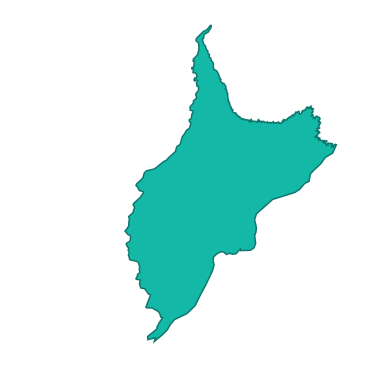 outline of Bambouti, Haut-Mbomou, Central African Republic, rotated 217°
{"feature_id": "33826404B2470815195032", "entity_name": "Bambouti", "entity_type": "district", "adm_level": 2, "iso_a3": "CAF", "parent_name": "Central African Republic", "parent_adm1": "Haut-Mbomou", "projection": "equal_earth", "projection_center": [26.948, 5.504], "detail": "fine", "context": "isolated", "style": "filled", "palette": "teal", "viewbox_px": 384, "rotation_deg": 217, "n_neighbors": 0, "source": "geoboundaries", "source_scale": "gbopen_adm2", "svg_char_len": 6136}
<svg xmlns="http://www.w3.org/2000/svg" viewBox="0 0 384 384"><g transform="rotate(217 192 192)"><path d="M105.1,316.6L106.2,316.4L106.4,315.8L106.2,315.6L106.6,315.1L106.8,313.4L106.5,313.5L106.3,312.6L107.2,312.2L107.3,312.6L108.0,312.6L108.4,313.1L108.0,314.3L109.0,315.1L109.8,314.3L110.7,314.3L111.4,313.4L112.7,313.0L112.8,311.9L112.5,311.8L112.7,311.1L112.4,311.1L112.9,310.8L112.8,310.3L114.8,311.9L115.1,312.7L114.8,313.5L115.3,313.9L115.7,313.6L115.1,312.0L115.6,311.5L115.9,310.4L115.9,310.9L116.2,310.6L116.5,311.2L117.2,311.6L116.9,312.5L117.2,312.8L117.7,312.3L117.9,311.5L118.2,312.0L120.2,310.6L121.3,310.9L121.2,310.3L121.7,309.9L121.8,310.5L122.1,310.4L121.8,311.0L122.2,311.9L123.2,311.7L123.1,310.6L123.6,310.4L124.0,311.2L124.8,311.6L126.0,310.9L126.1,309.9L126.5,309.9L127.0,310.3L126.6,311.9L126.1,312.3L126.2,315.0L126.5,315.4L125.9,315.7L125.7,316.2L126.7,316.6L126.9,315.3L127.7,315.9L127.7,316.8L128.5,317.0L128.7,315.9L129.5,315.7L129.5,317.2L130.3,317.3L130.4,317.5L130.0,318.5L128.6,319.2L128.5,319.7L128.8,320.1L129.5,319.8L129.9,320.4L130.6,320.3L130.8,321.3L130.4,321.9L130.6,322.5L131.1,322.7L130.9,323.5L131.2,323.4L131.4,324.9L132.8,324.2L133.3,324.3L133.1,325.1L134.2,325.1L133.6,326.6L133.9,327.7L135.4,328.1L136.4,327.3L136.8,327.3L136.9,327.8L138.0,327.7L138.6,326.2L138.0,324.9L138.8,324.9L139.2,324.1L139.3,324.5L139.7,324.4L140.2,325.2L141.0,325.6L142.0,325.5L142.4,324.9L142.6,325.9L142.3,326.3L143.0,326.4L144.0,327.2L143.6,327.7L143.6,328.9L144.7,329.6L145.2,330.8L145.0,331.4L145.6,331.4L146.3,330.0L146.2,330.4L146.7,330.1L147.1,331.1L147.6,331.3L147.9,330.8L148.0,331.5L148.3,331.3L148.7,331.8L148.8,330.8L148.5,329.9L149.0,329.9L148.9,329.6L149.7,329.7L149.7,329.1L150.2,328.4L150.9,329.2L151.5,328.6L151.0,327.3L150.9,326.2L151.2,326.0L150.8,325.5L151.8,324.1L152.2,324.1L152.2,323.3L152.6,323.1L152.6,322.4L152.1,321.9L152.0,320.9L152.6,319.0L153.1,318.9L154.8,320.6L155.2,320.0L155.6,320.2L155.5,319.4L156.2,318.5L156.9,318.6L157.3,318.1L156.6,316.5L157.2,315.8L156.6,314.0L157.2,314.3L157.9,313.5L158.2,313.7L158.4,312.0L158.1,311.2L158.5,310.5L159.0,310.7L159.2,309.9L159.5,309.8L159.3,309.3L160.0,308.0L159.6,306.7L160.3,306.4L160.8,304.8L161.3,304.3L161.5,305.3L162.4,305.1L162.4,303.6L161.6,302.7L162.2,302.6L162.0,300.7L162.4,300.8L162.9,300.0L164.0,300.0L163.9,299.4L165.3,299.7L166.0,297.9L166.7,297.9L167.0,297.1L167.7,297.0L168.1,296.3L169.3,297.1L170.0,294.8L170.7,295.0L172.0,294.2L172.6,292.9L173.7,293.3L173.6,292.6L175.0,292.3L175.7,291.4L177.3,291.6L178.5,289.6L179.0,290.3L179.4,290.1L180.4,288.5L180.9,288.7L180.9,289.4L181.6,289.4L182.3,290.0L182.5,289.4L182.1,288.6L182.4,288.6L182.4,288.1L182.0,287.1L184.0,286.5L186.3,285.0L186.7,284.3L187.6,285.3L188.2,284.9L188.4,285.2L188.5,284.6L187.8,283.9L187.8,283.2L188.4,283.5L188.9,282.8L189.7,283.7L190.1,283.3L191.5,282.8L192.5,281.8L192.9,282.0L194.1,281.5L194.6,280.7L195.7,281.1L196.2,280.1L199.0,280.8L199.5,280.7L199.5,280.0L200.4,280.6L201.4,279.9L201.9,280.5L202.7,280.8L203.3,280.6L203.6,281.1L204.9,281.4L205.9,280.6L207.4,280.4L208.1,280.8L209.0,282.3L209.5,281.6L210.2,282.3L211.1,282.3L211.7,283.3L214.5,284.2L214.8,285.1L216.1,285.5L216.3,286.3L217.3,286.2L217.6,286.7L218.6,286.9L218.8,287.7L221.3,290.1L222.6,292.0L223.7,292.6L224.5,292.5L224.9,293.7L226.5,294.8L227.5,294.3L228.0,296.1L228.6,296.8L230.9,297.5L231.9,297.3L232.0,297.6L232.3,297.2L232.6,297.6L235.9,297.4L236.1,298.3L236.8,298.6L236.8,299.2L237.5,298.9L237.6,299.6L239.2,300.0L239.5,300.8L241.1,301.3L241.3,301.9L245.2,303.6L248.4,303.2L250.5,305.0L251.8,307.0L253.5,308.2L255.6,308.5L257.7,310.3L259.5,310.2L260.9,312.4L262.8,312.5L264.3,314.1L266.4,314.6L268.8,316.5L271.9,317.3L275.3,319.9L275.4,321.9L276.9,324.7L277.0,325.4L275.2,329.8L275.7,331.3L275.5,333.6L276.2,335.7L277.0,336.5L277.6,336.1L277.7,330.9L278.7,328.3L279.5,327.4L280.9,317.3L280.2,315.7L279.5,315.1L277.2,315.1L275.4,314.1L274.5,312.7L274.1,312.8L271.4,308.2L270.3,305.0L270.4,301.5L271.0,299.2L269.9,297.3L269.1,298.2L266.0,292.9L266.9,291.5L266.7,290.7L266.1,290.2L264.8,291.3L263.3,288.2L262.6,287.9L261.2,289.3L259.9,288.9L257.4,287.2L257.6,285.5L258.4,284.8L258.4,284.3L258.1,283.1L257.4,282.3L256.4,282.5L256.2,284.2L254.6,284.4L254.1,281.7L251.7,279.6L251.0,280.4L250.6,280.2L248.1,277.4L247.9,276.7L248.1,273.1L247.6,271.9L245.2,270.3L245.1,268.3L245.7,266.3L245.7,265.6L244.4,263.9L244.8,258.8L242.6,256.2L240.1,257.4L239.6,257.1L239.2,256.4L239.0,254.3L236.9,250.3L237.0,249.2L237.7,248.4L237.5,247.9L236.9,246.9L234.3,246.4L232.9,242.7L232.5,241.2L233.6,237.7L233.0,234.4L233.0,230.2L230.4,223.6L230.4,221.9L231.4,219.6L231.3,218.6L229.6,214.4L231.4,204.8L231.6,201.7L233.0,199.3L235.6,188.7L236.0,187.7L241.2,181.4L241.3,180.7L241.5,178.3L239.8,174.0L239.8,172.8L241.1,164.8L240.5,163.4L238.3,163.2L235.6,161.7L234.8,161.5L231.4,162.9L230.8,162.7L230.3,161.6L230.1,156.5L231.7,148.2L231.6,147.0L231.2,146.2L229.3,145.7L228.2,144.5L227.9,143.0L226.7,139.8L227.8,134.5L227.6,134.0L225.5,132.6L224.7,130.5L222.2,127.1L221.8,124.0L222.0,120.5L217.8,119.5L215.0,119.9L214.0,119.2L212.6,116.8L212.1,114.9L213.3,112.2L213.4,111.5L213.1,110.7L210.9,109.5L208.9,109.2L207.8,106.9L206.4,106.5L205.4,105.3L204.8,103.3L202.8,102.1L201.4,100.7L200.4,100.6L194.5,103.3L192.8,103.7L189.0,101.0L187.3,98.2L185.2,96.4L185.9,93.5L184.9,91.5L184.6,89.0L183.8,88.9L180.1,90.7L179.0,87.5L177.0,85.7L174.9,84.6L171.7,86.3L165.4,84.3L163.2,85.0L159.5,72.3L158.3,72.3L154.2,75.3L146.9,76.3L144.0,75.2L141.8,73.4L141.4,73.3L140.2,74.2L139.9,74.0L139.5,67.9L138.9,64.5L138.6,62.8L137.6,61.5L140.5,49.9L138.4,47.5L133.5,53.6L132.1,49.9L129.6,60.8L128.8,66.7L129.5,72.8L129.3,79.3L122.8,92.1L121.1,103.4L123.5,115.5L125.2,126.8L128.2,141.3L130.4,146.9L133.6,149.6L135.7,153.0L134.9,157.4L133.1,161.6L130.2,163.2L127.0,162.8L125.2,165.6L122.2,166.7L119.8,169.1L119.1,175.6L117.9,174.5L110.4,180.5L108.9,184.5L110.1,189.1L115.7,194.9L116.8,198.4L119.0,202.2L125.4,207.6L127.4,213.4L123.1,234.7L109.6,253.5L107.6,258.9L107.1,266.8L104.9,270.9L108.3,277.5L107.8,283.1L106.2,291.7L106.3,299.9L103.1,307.8L105.1,316.6Z" fill="#14b8a6" stroke="#0f766e" stroke-width="1.5"/></g></svg>